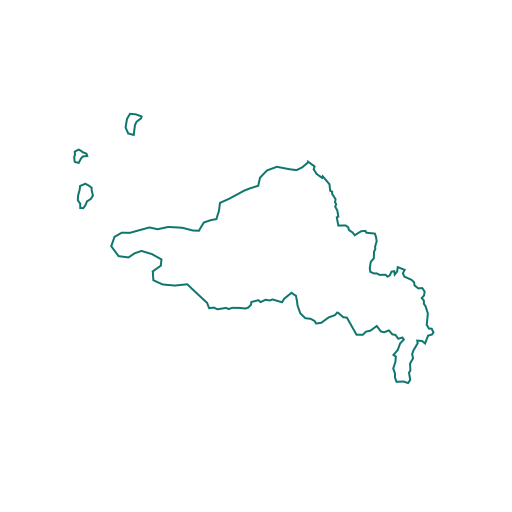 Fajardo, Puerto Rico (Mercator projection), rotated 240°
{"feature_id": "32010507B96449576459370", "entity_name": "Fajardo", "entity_type": "district", "adm_level": 2, "iso_a3": "PRI", "parent_name": "Puerto Rico", "parent_adm1": "", "projection": "mercator", "projection_center": [-65.654, 18.33], "detail": "fine", "context": "isolated", "style": "outline", "palette": "teal", "viewbox_px": 512, "rotation_deg": 240, "n_neighbors": 0, "source": "geoboundaries", "source_scale": "gbopen_adm2", "svg_char_len": 3462}
<svg xmlns="http://www.w3.org/2000/svg" viewBox="0 0 512 512"><g transform="rotate(240 256 256)"><path d="M69.9,324.2L71.6,327.6L78.5,330.2L79.6,332.4L85.9,335.7L88.8,340.8L92.8,342.1L95.3,344.8L99.6,352.4L102.1,353.3L99.4,357.3L95.7,358.7L101.0,365.2L100.0,369.1L101.1,371.5L105.2,371.8L106.7,369.5L111.0,369.4L120.3,376.1L127.8,377.7L130.5,377.5L133.6,379.1L136.7,378.5L137.8,381.8L140.8,384.2L145.0,384.0L146.9,380.3L151.3,378.6L154.3,379.8L157.7,378.7L163.9,374.2L167.5,374.5L169.7,377.8L175.5,373.2L172.0,370.5L170.6,366.9L173.7,368.1L174.7,365.6L172.3,362.0L172.4,359.5L174.9,358.9L177.8,353.7L180.7,351.7L181.9,349.4L185.1,347.1L188.5,348.4L193.5,352.4L195.1,356.9L200.8,360.4L202.2,362.7L204.7,363.9L208.3,367.8L212.6,369.5L216.0,370.1L221.0,363.2L223.0,363.3L224.9,359.4L224.6,351.9L228.1,351.4L231.9,349.5L234.8,350.2L237.7,348.8L241.2,342.5L249.1,345.3L248.9,347.0L254.9,349.2L259.1,349.2L260.7,351.3L262.9,351.3L265.5,353.3L271.8,353.0L273.6,354.1L275.3,352.9L281.5,355.5L291.7,353.6L290.6,352.3L296.8,349.5L300.4,349.4L302.2,349.3L304.3,351.5L311.5,348.3L311.1,348.1L309.7,340.6L309.8,338.3L310.1,334.1L314.3,328.5L322.8,318.7L323.5,314.7L324.4,309.5L324.5,309.1L324.5,308.8L324.6,308.4L323.5,304.4L322.0,299.3L321.8,298.6L320.8,297.7L315.7,293.0L317.6,284.6L318.5,278.5L319.0,261.2L319.2,259.3L320.0,251.4L314.2,246.9L313.9,246.6L313.4,246.3L311.0,243.6L307.8,240.2L309.7,234.6L310.0,233.1L311.1,227.6L310.3,226.1L307.2,220.5L306.4,219.2L309.7,214.0L311.6,212.1L317.1,206.5L318.8,204.1L324.3,195.6L325.1,194.4L328.4,184.1L331.0,181.3L334.0,178.0L337.5,164.7L339.0,158.7L339.1,158.4L343.3,151.4L343.3,149.8L343.3,145.0L343.3,143.3L343.3,143.0L336.8,135.5L336.4,135.6L333.4,135.9L328.4,136.5L324.6,136.9L323.3,138.6L318.5,144.9L318.8,149.0L319.0,152.3L318.5,154.9L318.5,155.0L317.6,159.4L309.7,166.8L300.3,172.4L295.2,168.7L294.9,165.4L294.3,158.9L294.2,158.9L286.4,155.0L282.2,157.9L278.1,160.9L276.4,163.2L271.8,169.8L271.1,170.7L265.9,182.3L261.4,183.7L260.8,183.8L246.7,188.1L239.9,190.2L234.3,189.3L232.3,193.8L229.2,195.9L226.0,204.1L223.6,205.9L223.4,207.6L223.0,209.5L219.0,216.2L215.9,220.4L215.2,223.2L216.2,227.2L218.5,229.0L216.5,236.0L213.8,236.9L213.3,242.5L210.7,245.5L210.1,248.6L202.9,255.4L204.9,259.1L206.2,267.2L206.4,268.3L201.5,270.7L196.1,268.8L192.3,267.2L184.2,265.7L177.5,267.6L174.2,272.0L170.5,274.2L167.5,274.3L165.5,279.1L166.5,288.1L165.3,294.8L166.4,298.1L165.6,298.8L159.2,301.0L157.2,303.9L137.6,303.7L134.4,309.0L135.5,313.6L134.1,317.7L135.0,325.6L128.3,326.4L125.9,328.8L125.1,333.9L119.9,334.9L118.0,337.3L113.2,337.8L112.2,342.0L109.7,342.2L108.2,337.1L103.7,331.7L101.6,325.6L99.0,326.8L94.6,323.8L90.0,318.6L84.6,317.6L81.4,315.6L76.8,314.8L73.6,320.9L69.9,324.2ZM383.8,130.3L385.2,133.6L387.8,136.9L388.0,141.5L389.9,145.0L395.5,146.7L397.1,147.8L400.6,146.4L403.9,144.3L404.6,138.7L401.3,136.2L399.9,134.7L397.1,132.0L393.4,129.6L389.2,129.9L385.4,127.8L385.2,128.1L383.8,130.3ZM422.3,210.2L422.0,210.6L429.7,216.5L429.9,216.6L432.0,219.7L432.7,225.3L434.1,226.7L438.8,222.7L439.9,221.2L442.1,218.0L439.3,212.9L432.9,207.6L432.5,207.3L426.0,206.6L423.2,209.4L422.3,210.2ZM427.8,146.3L425.3,149.0L428.0,153.3L428.8,155.8L428.4,156.6L427.7,158.4L426.9,159.8L429.1,160.3L430.3,159.7L431.6,158.6L432.6,157.7L434.1,157.3L435.6,156.4L436.8,155.7L436.8,154.9L436.9,154.1L437.0,151.8L436.9,151.1L434.2,149.9L432.8,148.2L430.0,146.8L428.7,146.3L427.8,146.3Z" fill="none" stroke="#0f766e" stroke-width="2"/></g></svg>